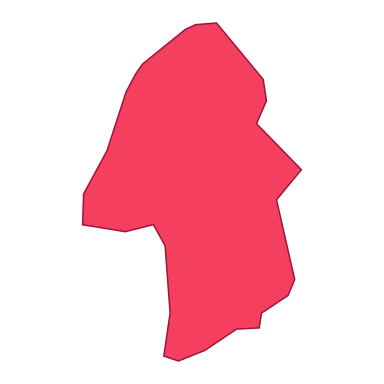 SVG path tracing the border of Pamplemousses
{"feature_id": "MUS-5187", "entity_name": "Pamplemousses", "entity_type": "District", "adm_level": 1, "iso_a3": "MUS", "parent_name": "Mauritius", "parent_adm1": "", "projection": "mercator", "projection_center": [57.563, -20.102], "detail": "fine", "context": "isolated", "style": "filled", "palette": "rose", "viewbox_px": 384, "rotation_deg": 0, "n_neighbors": 0, "source": "natural_earth", "source_scale": "10m", "svg_char_len": 457}
<svg xmlns="http://www.w3.org/2000/svg" viewBox="0 0 384 384"><path d="M82.6,224.8L83.6,194.0L107.0,150.7L126.2,91.7L135.6,74.0L142.5,64.1L185.2,29.5L195.7,24.6L216.5,23.0L263.2,79.4L266.5,100.7L256.5,123.7L301.4,169.7L276.5,199.8L294.7,279.5L288.1,295.4L261.5,313.1L259.2,327.9L236.6,329.1L205.0,350.3L178.4,361.0L163.8,356.1L170.1,313.1L165.1,245.8L153.4,224.6L125.2,231.7L91.0,226.1L82.6,224.8Z" fill="#f43f5e" stroke="#9f1239" stroke-width="1.5"/></svg>